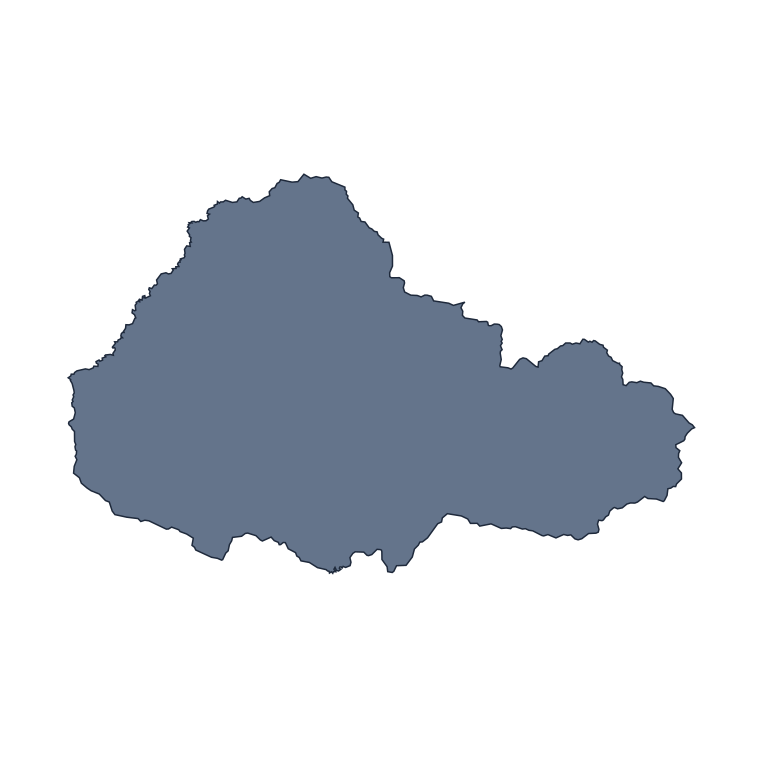 outline of Mae Suai, Chiang Rai, Thailand, rotated 98°
{"feature_id": "78962969B62426032624456", "entity_name": "Mae Suai", "entity_type": "district", "adm_level": 2, "iso_a3": "THA", "parent_name": "Thailand", "parent_adm1": "Chiang Rai", "projection": "natural_earth1", "projection_center": [99.446, 19.72], "detail": "fine", "context": "isolated", "style": "filled", "palette": "slate", "viewbox_px": 768, "rotation_deg": 98, "n_neighbors": 0, "source": "geoboundaries", "source_scale": "gbopen_adm2", "svg_char_len": 6138}
<svg xmlns="http://www.w3.org/2000/svg" viewBox="0 0 768 768"><g transform="rotate(98 384 384)"><path d="M225.3,559.4L224.1,566.5L226.0,568.5L226.5,571.3L227.8,572.1L226.5,574.3L229.0,574.1L230.7,577.1L231.6,576.5L232.5,577.1L235.2,581.9L237.2,582.8L239.7,583.0L240.1,580.4L242.0,582.2L245.0,580.9L247.1,582.9L247.6,585.6L246.8,588.7L249.1,589.8L249.1,591.4L250.1,592.9L249.4,594.5L249.8,596.9L250.5,597.5L251.2,596.8L251.4,599.4L252.2,598.6L253.3,600.0L254.1,599.5L255.9,600.3L256.6,598.4L260.0,600.2L263.3,597.3L264.9,597.3L265.9,595.5L269.3,595.6L270.3,594.6L271.1,596.2L274.7,595.0L274.7,598.6L278.4,600.3L282.3,599.2L284.0,599.7L285.3,598.9L286.8,599.5L288.4,602.9L289.2,602.3L289.9,603.4L291.7,602.9L292.0,604.4L294.0,605.1L296.2,603.5L296.9,606.5L298.5,606.0L299.3,609.7L300.6,608.6L304.1,610.2L305.0,612.8L304.2,615.4L306.0,620.0L312.7,623.7L316.3,622.3L317.9,623.5L318.0,625.2L321.8,627.2L321.4,629.8L323.1,630.1L325.0,628.5L327.0,628.9L329.1,627.6L332.1,632.1L332.0,633.5L331.4,632.6L329.8,633.2L330.8,635.3L334.6,635.3L334.1,638.0L335.4,638.6L335.7,637.5L336.6,637.4L336.2,639.1L337.6,640.8L338.6,640.2L340.6,641.4L345.4,640.1L346.2,641.0L345.4,643.4L348.6,643.4L350.1,640.7L353.1,639.0L353.7,639.9L359.2,641.4L360.9,644.6L361.2,647.8L364.9,647.7L368.0,649.2L369.1,648.6L369.2,650.0L370.7,651.1L373.1,651.3L374.6,649.4L375.0,651.0L376.1,651.3L377.4,653.4L379.3,653.7L379.7,656.6L381.1,655.6L385.3,658.1L386.1,657.4L385.5,655.9L386.0,655.3L387.8,654.9L391.4,656.7L393.2,656.0L392.8,659.1L394.0,663.8L394.8,664.4L395.8,663.3L397.6,666.7L399.5,666.0L401.0,668.5L399.9,669.5L401.9,672.3L403.3,671.8L404.2,669.8L406.4,669.8L406.7,673.8L408.5,674.2L410.8,678.0L410.6,681.8L413.7,689.9L415.7,692.0L417.4,692.4L417.8,695.1L419.6,695.3L421.8,697.6L423.2,694.9L424.1,695.1L426.9,692.9L433.7,690.1L436.0,689.5L438.1,690.4L439.9,689.5L443.2,690.5L444.5,689.5L446.1,690.6L449.4,689.7L450.7,687.4L455.4,685.7L461.9,686.5L465.2,690.6L466.8,690.9L468.2,690.2L469.9,687.7L472.2,686.4L474.1,683.9L484.0,682.4L486.8,680.8L489.1,681.3L492.4,680.2L493.0,679.1L496.4,678.9L498.5,679.8L501.7,677.6L508.6,679.3L515.5,679.0L519.2,672.6L524.3,669.9L528.3,663.6L530.5,659.1L532.6,650.6L538.2,643.6L539.1,639.6L547.6,635.5L550.8,632.3L551.7,620.2L551.5,608.8L554.0,605.7L552.2,601.9L552.2,597.8L558.0,579.4L557.6,577.3L555.3,574.4L556.9,567.0L558.5,565.4L560.0,558.6L563.2,551.4L570.5,551.7L572.1,548.9L574.6,547.3L579.6,530.7L579.8,524.7L581.0,520.3L580.4,519.3L573.5,517.2L570.9,515.1L564.6,514.7L560.5,513.0L557.0,512.7L554.6,503.8L551.3,500.6L550.6,498.2L552.0,489.7L555.6,484.8L556.4,482.6L551.3,474.5L554.4,470.9L555.5,466.6L557.7,465.4L557.4,464.0L555.0,461.8L554.8,459.6L560.5,455.9L563.3,448.1L566.5,446.4L567.6,443.8L570.7,441.6L571.1,433.1L575.1,424.3L575.9,415.4L577.0,413.9L577.1,412.3L578.8,411.7L577.3,410.0L578.6,408.4L576.9,408.0L576.6,405.7L574.4,407.8L572.4,407.0L575.2,405.2L575.5,403.0L573.6,401.0L572.6,402.6L571.3,402.2L571.1,401.0L572.1,399.9L570.3,399.1L571.0,396.5L568.6,392.3L565.1,391.9L560.7,393.6L556.1,391.3L554.2,389.2L553.3,380.6L556.0,377.0L556.1,375.4L554.6,372.3L548.7,367.9L548.5,364.7L548.9,363.4L550.3,362.8L558.1,361.6L564.5,355.5L569.3,354.2L569.5,349.6L568.1,348.2L562.2,346.3L560.5,336.9L551.4,331.9L543.2,330.9L538.8,327.6L535.6,326.5L535.0,324.0L530.3,319.5L514.9,311.4L512.6,307.8L508.5,307.6L503.6,303.2L503.9,289.0L506.0,282.3L510.0,279.0L509.0,272.3L511.4,269.4L507.6,258.5L510.7,247.7L509.6,242.9L509.6,238.5L507.7,237.1L507.0,234.0L508.4,226.8L507.6,223.8L508.7,220.1L508.7,216.3L512.1,206.4L512.2,204.7L510.3,200.7L512.5,192.3L508.0,185.1L508.4,181.1L507.4,178.0L510.8,173.4L511.3,170.1L509.7,166.6L503.6,160.6L502.2,153.3L500.9,151.2L498.1,150.9L493.0,153.1L489.0,152.5L489.0,149.1L488.1,147.8L484.7,146.0L482.6,143.5L478.4,142.7L474.7,139.5L474.2,138.4L475.1,135.4L473.5,130.8L469.1,126.8L467.5,123.4L467.0,119.0L465.6,116.5L459.1,110.2L460.7,106.8L460.0,98.1L461.5,91.2L460.6,90.2L454.9,88.2L448.2,88.3L447.2,85.5L445.2,83.4L445.0,80.9L442.3,80.4L436.7,76.2L430.7,77.1L427.1,81.2L420.6,78.3L415.7,82.2L411.9,82.6L408.9,81.8L406.4,86.0L403.5,86.6L398.5,79.3L396.8,78.4L394.2,78.5L390.4,76.7L385.7,73.1L384.0,70.4L381.5,73.0L380.1,76.5L373.5,84.1L373.0,91.2L372.0,93.2L369.0,95.1L358.1,95.5L354.4,98.7L349.5,104.8L348.2,112.1L348.3,116.7L345.8,119.8L346.1,127.1L345.5,130.5L347.5,133.8L347.4,138.9L348.2,141.4L351.9,144.0L351.4,147.1L346.2,148.2L343.9,149.8L340.0,149.1L336.8,150.5L333.7,150.6L331.8,153.4L330.6,153.7L331.0,155.1L329.0,160.9L326.0,162.8L325.0,165.5L322.0,167.8L319.4,167.5L317.1,171.7L315.1,172.5L314.7,175.9L311.9,180.9L311.8,182.5L313.7,183.8L313.0,186.1L314.1,187.5L311.9,191.7L312.0,193.3L316.9,195.6L316.7,199.6L318.4,203.1L317.5,205.4L318.1,209.8L321.1,212.3L321.8,214.5L324.9,217.2L325.9,219.7L331.5,225.1L333.1,225.3L334.0,228.7L338.9,230.8L340.5,234.0L345.8,233.8L345.5,236.1L339.1,246.6L338.8,250.0L340.7,253.1L350.2,258.7L351.5,260.3L350.7,263.5L350.8,271.3L349.7,271.9L343.5,271.3L337.3,273.2L335.4,273.2L333.6,271.8L329.9,274.0L327.0,272.7L325.5,273.9L323.4,273.1L320.0,275.0L314.0,274.2L310.8,275.8L309.1,278.2L309.0,280.1L309.3,283.2L311.3,285.9L311.6,288.1L311.3,288.9L308.4,289.9L307.8,291.3L309.2,299.1L307.6,300.7L307.4,313.1L305.1,315.9L301.0,316.1L297.8,318.4L293.8,317.2L291.7,315.3L296.5,326.2L295.0,331.1L294.8,346.4L290.6,349.3L290.0,353.7L290.3,356.0L292.6,359.4L291.7,363.4L292.3,369.8L290.0,376.4L285.9,378.3L281.1,377.7L279.0,378.4L276.6,383.6L277.8,391.5L276.9,393.2L273.0,393.9L266.1,392.0L255.6,393.5L243.0,398.8L243.7,404.7L240.6,404.5L240.0,406.6L237.1,410.7L234.3,412.0L234.2,414.8L232.1,417.7L231.4,420.4L226.2,425.4L226.2,429.3L223.1,431.2L222.2,433.2L218.2,433.2L216.0,437.7L210.9,439.8L205.2,446.0L202.8,445.9L201.3,447.8L198.4,447.9L197.2,449.7L194.5,450.1L191.0,463.8L187.0,467.4L187.1,470.1L188.7,474.1L188.1,480.1L190.5,485.2L187.4,492.5L195.6,497.4L196.9,503.1L196.1,514.8L198.8,515.8L200.3,517.8L204.8,519.4L206.0,522.0L209.6,524.4L213.4,523.4L216.3,528.2L220.5,532.6L222.4,538.7L220.8,541.9L218.9,543.4L220.1,546.6L218.3,550.5L219.9,551.7L220.2,553.2L224.1,555.0L225.3,559.4Z" fill="#64748b" stroke="#1e293b" stroke-width="1.5"/></g></svg>